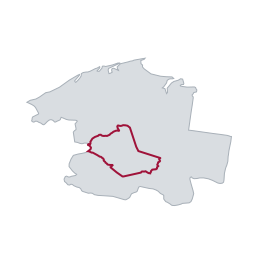 where Ogooué-Lolo sits in Gabon, rotated 98°
{"feature_id": "GAB-2628", "entity_name": "Ogooué-Lolo", "entity_type": "Province", "adm_level": 1, "iso_a3": "GAB", "parent_name": "Gabon", "parent_adm1": "", "projection": "equal_earth", "projection_center": [12.559, -0.822], "detail": "fine", "context": "in_parent", "style": "outline", "palette": "rose", "viewbox_px": 256, "rotation_deg": 98, "n_neighbors": 0, "source": "natural_earth", "source_scale": "10m", "svg_char_len": 5792}
<svg xmlns="http://www.w3.org/2000/svg" viewBox="0 0 256 256"><g transform="rotate(98 128 128)"><path d="M170.1,29.0L170.0,31.3L168.1,37.0L167.1,41.4L166.9,46.1L167.4,49.9L168.4,52.6L169.0,55.5L168.5,57.5L167.6,58.4L168.2,59.5L169.7,59.7L172.1,58.8L175.8,57.2L180.7,55.0L183.9,53.8L189.3,54.5L192.1,55.4L193.6,57.0L195.1,63.7L195.9,64.7L197.2,67.6L198.3,71.0L198.5,72.8L198.4,74.0L197.3,75.9L196.1,78.6L195.7,80.3L194.6,81.5L193.3,82.7L189.8,83.2L189.3,83.9L188.3,86.8L186.4,89.3L185.5,91.6L184.8,94.7L184.9,98.6L184.5,104.1L184.2,107.9L185.1,109.2L189.3,110.1L190.2,110.9L191.3,113.2L192.7,115.4L196.6,116.7L198.1,118.4L199.4,120.2L199.5,121.7L198.6,127.7L197.8,133.5L198.1,137.9L198.4,142.1L198.9,148.2L198.7,152.0L197.6,154.2L197.6,156.0L198.1,158.2L197.1,164.1L196.5,165.2L194.8,166.3L193.8,167.9L193.6,170.4L192.6,173.8L191.7,175.1L191.6,176.7L192.6,177.8L192.6,179.6L190.8,181.7L189.8,183.4L187.5,184.2L184.8,183.3L184.2,182.1L184.8,180.3L184.6,178.8L183.7,177.3L182.3,173.3L181.0,172.4L180.3,174.1L178.2,177.1L174.4,181.0L171.7,181.3L166.8,180.1L162.7,178.3L160.7,173.7L159.5,169.9L157.8,165.5L155.8,163.5L153.7,162.1L152.7,162.0L149.7,164.5L148.8,165.4L148.8,167.5L149.1,169.4L149.6,170.3L150.0,171.5L149.9,173.5L149.3,176.0L149.2,178.8L139.7,181.6L138.1,180.6L136.9,179.3L135.4,179.5L131.3,181.0L129.8,180.0L128.3,179.2L127.7,179.8L127.6,181.1L128.3,187.7L128.1,190.2L127.2,193.5L126.7,195.7L129.2,196.3L130.1,197.4L131.0,199.0L132.2,200.6L132.3,201.5L130.9,203.3L130.4,205.4L131.1,207.1L132.8,208.8L135.3,210.6L136.5,211.8L136.4,212.9L135.2,215.2L134.8,217.1L134.0,218.9L134.1,220.5L135.3,222.0L135.1,223.4L134.4,224.4L132.8,224.2L131.5,224.3L130.3,223.9L126.7,218.7L125.9,218.5L120.5,222.5L119.2,224.2L118.1,226.6L116.6,231.7L114.2,228.7L112.1,223.2L109.6,219.9L104.5,214.4L103.1,210.4L97.2,201.6L88.8,192.8L82.7,185.1L81.7,183.4L82.8,183.6L88.7,187.4L89.5,187.0L90.1,186.1L87.6,184.1L85.2,182.6L82.9,181.6L80.6,181.7L79.3,180.1L78.5,177.6L78.1,175.5L77.0,173.3L73.8,168.7L73.0,167.0L71.2,164.6L72.3,164.3L75.8,166.6L76.1,165.6L75.8,164.3L72.3,162.1L70.4,162.0L70.0,160.5L70.2,158.7L67.7,152.1L65.1,147.1L64.7,144.8L71.7,155.5L72.7,155.7L73.9,155.6L76.8,154.4L76.2,153.0L74.9,151.4L73.7,152.1L72.0,152.3L71.2,151.6L70.8,150.5L72.4,145.3L71.7,145.6L71.2,146.5L70.3,146.9L68.9,147.2L65.4,144.4L62.4,136.8L61.6,135.3L60.8,132.7L60.0,131.6L56.5,120.8L57.8,121.6L59.4,124.7L62.5,124.1L63.7,122.3L64.8,122.3L65.8,121.9L67.2,120.2L71.2,112.8L72.2,103.0L71.9,97.2L71.3,91.5L72.6,89.6L73.1,90.8L73.4,92.9L74.0,94.4L75.4,95.8L78.0,96.1L82.1,98.3L83.5,99.6L83.9,96.9L88.6,94.6L87.2,93.8L83.1,94.7L77.4,91.2L75.5,89.0L73.7,84.9L71.9,82.7L72.0,80.7L76.1,78.9L77.2,79.1L77.6,81.3L78.7,82.2L79.1,81.9L79.3,80.0L79.3,75.1L78.1,68.0L78.5,66.7L79.6,66.2L80.6,65.2L81.3,65.1L82.7,65.2L83.4,66.9L83.7,67.8L85.1,68.2L86.3,69.1L87.3,68.8L88.1,67.8L89.3,67.6L93.0,67.6L96.4,67.6L103.1,67.7L109.9,67.7L116.6,67.7L121.7,67.7L121.6,63.7L121.6,57.5L121.6,50.1L121.6,43.0L121.5,36.5L121.5,28.8L121.8,26.6L122.1,25.7L122.0,24.4L127.2,24.3L136.6,24.9L140.7,24.8L141.9,24.9L147.1,24.5L151.2,25.0L153.0,25.5L154.6,25.8L159.6,26.2L166.1,25.7L168.3,25.8L169.5,26.9L170.1,29.0Z" fill="#d9dde1" stroke="#a8b0b8" stroke-width="1"/><path d="M156.5,164.2L154.8,162.6L153.8,162.0L152.5,162.0L152.3,162.2L151.1,163.3L150.9,163.4L150.8,163.7L150.6,164.1L150.6,164.4L150.6,164.7L150.5,165.1L150.2,165.3L149.7,165.1L149.3,164.5L149.3,163.7L149.2,163.2L148.8,163.1L148.6,163.0L146.8,163.3L146.6,163.2L143.5,161.8L143.3,161.6L141.8,159.9L141.4,159.4L139.8,156.4L139.6,156.2L139.3,156.1L139.1,155.9L138.8,155.6L138.6,154.8L138.5,154.4L138.5,154.1L138.5,153.9L138.7,153.7L138.9,153.4L139.0,153.2L139.1,152.9L139.2,152.5L139.3,151.7L139.2,150.5L138.8,148.9L138.8,148.6L138.8,147.9L138.8,147.7L138.6,147.4L137.7,145.9L137.2,145.2L136.1,144.5L135.9,144.3L135.0,143.1L133.8,142.0L133.4,141.4L132.5,139.8L132.3,139.4L132.1,138.4L132.0,137.7L132.1,137.2L132.1,136.9L132.1,136.7L131.8,136.5L131.5,136.6L131.3,136.8L129.6,138.2L128.9,138.4L128.4,138.7L128.1,138.8L127.9,138.8L127.4,138.6L127.1,138.5L126.9,138.2L126.9,137.6L127.0,137.0L127.0,136.5L127.0,135.8L126.9,135.3L126.7,134.7L126.6,134.4L126.1,133.7L126.0,133.4L125.9,133.1L125.8,132.7L125.8,131.9L125.7,131.3L125.7,131.0L125.8,129.1L125.9,128.7L126.1,128.3L126.8,127.2L127.3,126.2L145.5,117.2L149.4,114.5L153.2,92.0L153.3,91.9L153.5,92.0L153.7,92.3L153.9,92.6L154.1,92.8L154.4,92.8L154.6,92.8L156.2,91.7L156.5,91.8L156.8,92.0L157.0,92.2L157.2,92.5L157.4,92.8L157.5,93.1L157.7,93.3L158.0,93.4L158.5,93.4L159.1,93.5L159.9,93.8L160.1,93.9L160.5,93.8L160.8,93.6L161.5,92.7L161.7,92.8L162.1,93.2L162.6,93.6L162.8,93.7L162.9,93.8L163.1,93.8L163.3,93.8L164.1,93.7L164.3,93.8L164.6,94.3L165.0,94.6L165.1,94.9L165.2,95.6L165.7,97.6L165.8,97.9L165.9,98.2L166.9,98.8L167.1,99.0L167.4,99.2L167.7,99.2L168.4,99.2L168.6,99.3L168.9,99.5L169.1,99.7L169.3,99.7L169.8,99.7L169.8,101.4L169.1,103.1L168.5,104.3L168.4,104.6L168.5,104.9L168.6,105.1L168.8,105.4L169.0,106.7L169.0,107.4L169.1,107.8L169.2,108.2L169.4,108.5L169.6,108.6L169.9,108.7L170.1,108.8L170.4,109.1L176.5,125.4L176.7,126.2L176.7,126.8L173.6,132.9L169.6,139.5L169.4,139.7L169.2,139.8L168.8,139.3L167.0,138.1L166.8,138.3L166.8,138.6L167.0,139.8L167.1,141.1L167.1,142.4L167.0,143.1L166.8,143.5L166.6,143.6L166.3,143.8L166.1,144.1L165.6,145.1L165.5,145.4L165.1,145.6L164.8,145.8L164.6,146.0L164.3,146.7L164.1,147.0L163.8,147.3L163.6,147.5L163.3,147.6L163.1,147.6L162.9,147.5L162.6,147.6L161.9,148.1L161.6,148.4L161.5,149.0L161.3,149.3L161.1,149.6L160.9,149.8L160.6,150.2L160.4,150.6L160.3,150.9L160.3,151.9L160.2,152.3L160.0,152.7L159.8,153.0L159.7,153.3L159.6,153.6L159.2,154.4L157.3,159.5L157.3,159.8L157.4,160.5L157.4,160.8L157.0,161.8L156.8,162.7L156.5,163.9L156.5,164.2Z" fill="none" stroke="#9f1239" stroke-width="2"/></g></svg>